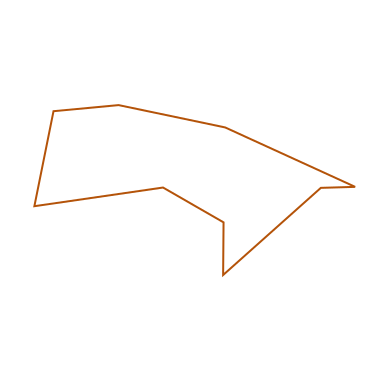 the state/province of Anse Royale, rotated 106°
{"feature_id": "SYC-5202", "entity_name": "Anse Royale", "entity_type": "state/province", "adm_level": 1, "iso_a3": "SYC", "parent_name": "Seychelles", "parent_adm1": "", "projection": "albers", "projection_center": [55.515, -4.746], "detail": "fine", "context": "isolated", "style": "outline", "palette": "amber", "viewbox_px": 384, "rotation_deg": 106, "n_neighbors": 0, "source": "natural_earth", "source_scale": "10m", "svg_char_len": 296}
<svg xmlns="http://www.w3.org/2000/svg" viewBox="0 0 384 384"><g transform="rotate(106 192 192)"><path d="M263.2,139.2L212.5,153.3L195.7,221.1L249.1,339.6L152.5,347.4L128.7,286.5L120.8,177.9L124.6,152.8L142.1,36.6L152.5,69.3L263.2,139.2Z" fill="none" stroke="#b45309" stroke-width="2"/></g></svg>